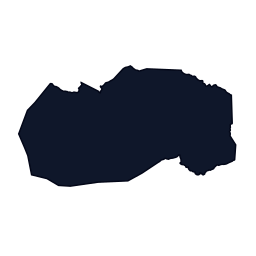 the district of Guata, Olancho, Honduras, rotated 94°
{"feature_id": "27666195B45988200529008", "entity_name": "Guata", "entity_type": "district", "adm_level": 2, "iso_a3": "HND", "parent_name": "Honduras", "parent_adm1": "Olancho", "projection": "natural_earth1", "projection_center": [-86.397, 15.161], "detail": "fine", "context": "isolated", "style": "filled", "palette": "ink", "viewbox_px": 256, "rotation_deg": 94, "n_neighbors": 0, "source": "geoboundaries", "source_scale": "gbopen_adm2", "svg_char_len": 5298}
<svg xmlns="http://www.w3.org/2000/svg" viewBox="0 0 256 256"><g transform="rotate(94 128 128)"><path d="M66.7,79.0L67.7,113.5L70.6,121.2L70.2,121.6L70.0,121.9L69.9,122.1L69.8,122.7L69.7,123.6L69.7,124.1L69.5,124.9L69.1,125.3L68.8,125.9L68.5,126.3L68.3,126.9L68.0,127.2L67.4,127.6L67.1,128.0L65.9,130.0L66.0,130.2L66.2,130.5L66.5,131.1L66.8,131.6L67.3,133.0L67.6,134.3L67.9,135.0L68.3,135.6L68.7,136.2L69.3,137.0L79.9,145.5L81.0,146.8L82.3,148.9L82.6,149.2L83.0,149.8L83.3,150.2L83.5,150.4L83.9,151.5L84.3,152.8L84.6,153.4L84.9,153.7L86.2,154.5L86.6,154.9L87.7,155.8L87.8,156.1L88.2,156.3L88.5,156.8L88.5,157.1L88.4,157.4L88.2,157.7L88.1,157.9L88.1,158.1L88.1,158.3L88.3,158.4L88.5,158.4L89.0,158.2L89.5,157.7L90.0,157.3L90.5,156.7L90.9,156.6L91.5,156.9L92.2,157.1L93.2,157.9L93.5,158.0L94.1,158.1L94.6,158.0L94.8,158.1L94.8,158.5L94.8,158.8L94.6,159.2L94.4,159.5L94.0,159.8L93.5,159.9L85.9,177.9L86.1,177.9L86.3,177.9L86.6,177.7L86.9,177.4L87.4,177.2L88.5,177.2L88.8,177.2L89.3,178.0L89.5,178.1L89.9,178.1L90.2,178.2L90.3,178.4L90.4,178.7L90.6,179.1L91.4,179.5L91.5,179.6L91.5,179.8L91.7,180.0L91.9,180.0L92.2,180.0L92.7,179.5L93.5,179.2L93.8,179.4L94.1,179.5L94.4,179.6L94.7,179.5L94.8,179.6L95.2,179.8L96.0,180.6L96.2,180.9L96.3,181.5L96.2,182.1L96.1,182.8L96.2,183.1L96.2,183.6L96.1,183.8L96.0,184.0L96.0,184.3L96.1,184.8L96.7,185.9L96.7,186.2L96.7,186.7L96.6,187.2L96.3,188.2L96.3,188.5L96.3,189.1L96.4,189.9L96.4,190.2L96.3,190.5L96.2,190.9L95.9,191.2L95.9,191.3L95.8,192.5L95.7,193.0L95.7,193.3L95.7,193.6L95.9,194.6L95.9,195.0L95.3,196.3L95.3,196.8L95.2,197.2L94.9,197.4L94.5,197.7L94.4,197.9L94.3,198.3L94.1,198.8L93.9,199.0L93.4,199.4L93.2,199.6L92.3,201.1L92.0,202.1L91.8,202.4L91.7,202.7L91.7,203.0L91.7,203.4L91.7,203.9L91.7,204.2L91.6,204.4L91.4,204.6L91.0,205.1L90.3,205.9L90.1,206.1L89.6,206.4L89.3,206.7L89.2,207.1L89.1,207.7L89.1,208.3L89.2,208.6L109.3,222.7L117.4,229.5L141.5,236.6L155.3,229.5L162.5,226.0L181.4,220.9L184.1,205.3L190.1,193.3L190.0,181.5L184.1,154.1L180.7,124.4L172.0,110.9L159.5,94.7L159.4,94.3L159.3,94.2L159.1,94.0L158.6,93.6L158.0,92.9L157.8,92.8L157.6,92.7L157.4,92.5L157.3,92.2L157.2,91.9L157.2,91.4L156.7,90.2L156.6,89.9L156.2,89.7L155.9,89.4L155.8,89.2L155.7,88.8L155.7,88.4L155.8,88.0L156.1,87.0L156.1,86.5L156.3,85.8L156.3,85.4L155.8,84.5L155.4,83.8L155.3,83.5L155.2,83.0L155.0,81.8L154.9,81.4L154.7,80.6L154.4,79.9L153.9,78.4L153.7,78.0L153.4,77.5L153.2,77.1L152.0,76.0L151.8,75.9L151.6,75.8L151.5,75.7L151.4,75.6L151.3,75.2L151.4,74.5L151.5,74.4L152.6,74.2L153.5,73.9L154.4,73.5L155.0,73.1L155.5,73.0L157.2,72.7L157.8,72.7L158.2,72.7L158.5,72.7L158.7,72.9L158.9,73.1L159.1,73.5L159.3,73.6L159.5,73.6L160.1,73.0L160.7,71.7L160.7,71.3L160.7,70.4L160.7,69.9L160.8,69.6L161.2,69.1L161.3,68.8L161.5,68.3L161.6,68.1L162.8,67.5L163.0,67.4L163.1,66.9L163.1,66.5L162.8,65.3L162.8,65.1L163.0,65.0L163.5,65.0L164.0,65.0L164.5,64.7L164.9,64.4L165.3,64.1L165.7,63.6L166.1,63.2L166.3,62.9L166.3,62.6L166.3,62.2L166.2,61.7L166.3,61.5L166.4,61.1L166.9,60.4L167.1,59.9L167.1,59.4L167.2,58.9L167.2,58.1L167.3,58.0L168.0,58.0L168.3,57.9L168.6,57.7L169.1,57.4L169.2,57.0L169.4,56.4L169.9,55.8L169.8,55.5L169.7,55.1L169.7,54.2L169.1,53.7L169.0,53.4L168.9,53.2L168.4,53.3L168.0,53.4L167.9,53.3L167.9,53.2L167.8,52.9L167.8,52.5L167.9,52.1L168.1,51.9L168.6,51.5L168.7,51.2L168.7,50.8L168.8,50.4L169.2,50.2L169.4,50.1L169.5,49.9L169.5,49.7L168.7,48.5L168.4,48.3L167.6,48.2L167.1,48.0L166.6,47.7L166.4,47.3L166.0,47.1L165.6,47.0L165.4,46.9L165.3,46.6L164.9,45.3L164.7,44.9L164.4,44.6L164.3,44.2L164.3,43.1L164.3,42.8L164.1,42.6L163.5,41.5L162.7,39.9L162.4,39.6L161.9,39.5L161.6,39.4L161.1,39.1L160.7,38.6L160.3,38.2L160.0,38.0L159.6,37.7L158.9,36.8L158.5,36.4L158.5,36.2L158.8,35.5L158.9,35.1L158.5,33.9L158.1,33.3L157.7,31.9L157.6,31.3L157.6,29.9L157.3,28.6L156.9,27.3L156.6,26.8L156.3,26.3L155.7,25.3L155.4,24.8L154.6,23.2L154.3,22.6L154.1,22.3L153.7,21.5L153.6,21.4L152.9,21.0L152.7,20.1L152.6,19.8L152.5,19.6L152.2,19.4L137.3,19.4L128.7,25.7L127.5,25.6L127.0,25.6L126.6,25.6L125.9,25.8L125.5,25.9L125.1,26.3L124.8,26.5L124.6,26.5L124.3,26.4L123.2,25.8L122.8,25.8L122.6,25.9L121.7,26.2L121.4,26.2L120.9,26.1L120.5,26.0L120.1,25.9L119.4,26.1L118.5,26.2L117.6,26.2L117.2,26.0L116.9,25.8L116.8,25.6L116.6,24.7L116.3,24.5L116.0,24.4L115.8,24.4L88.0,27.2L87.9,27.7L87.7,28.1L87.4,28.8L86.7,29.6L86.2,30.9L85.9,31.5L85.7,31.9L85.3,32.4L84.7,33.0L84.1,33.4L83.7,33.7L83.4,34.0L83.2,34.5L82.3,37.4L82.0,37.9L81.7,38.3L81.6,38.5L81.3,39.5L81.2,40.3L80.9,41.0L80.7,41.9L80.5,42.2L80.4,42.3L79.4,42.8L79.0,43.3L78.8,43.8L78.8,44.0L78.9,44.3L79.1,44.6L79.4,45.6L80.1,46.2L80.4,46.4L80.7,46.5L80.9,46.8L81.0,47.1L81.1,47.5L80.9,47.8L80.5,48.3L79.2,49.5L78.9,49.8L79.0,50.0L79.9,51.0L80.5,51.8L80.8,52.5L80.8,53.0L80.7,53.2L80.5,53.4L79.3,54.1L78.8,54.5L78.6,54.7L78.4,55.2L78.4,56.0L78.3,56.3L77.7,56.5L76.9,56.6L76.1,56.7L75.9,56.8L75.7,56.9L75.6,57.1L75.6,57.6L75.7,58.2L75.8,59.1L75.8,59.8L75.7,60.3L75.3,61.1L75.1,61.5L74.4,62.4L73.4,63.5L72.8,63.9L72.7,64.1L72.4,64.1L72.2,64.3L72.0,64.6L71.8,65.1L71.7,65.5L71.7,65.8L72.0,66.5L72.1,66.8L72.1,67.1L71.5,68.2L71.3,68.4L71.1,68.8L70.8,70.1L70.3,70.7L70.3,70.9L70.3,71.5L70.5,72.3L70.6,73.3L70.5,74.1L70.2,75.2L70.0,75.7L69.0,77.4L68.6,77.9L68.0,78.3L67.1,78.9L66.7,79.0Z" fill="#0f172a" stroke="#020617" stroke-width="1.5"/></g></svg>